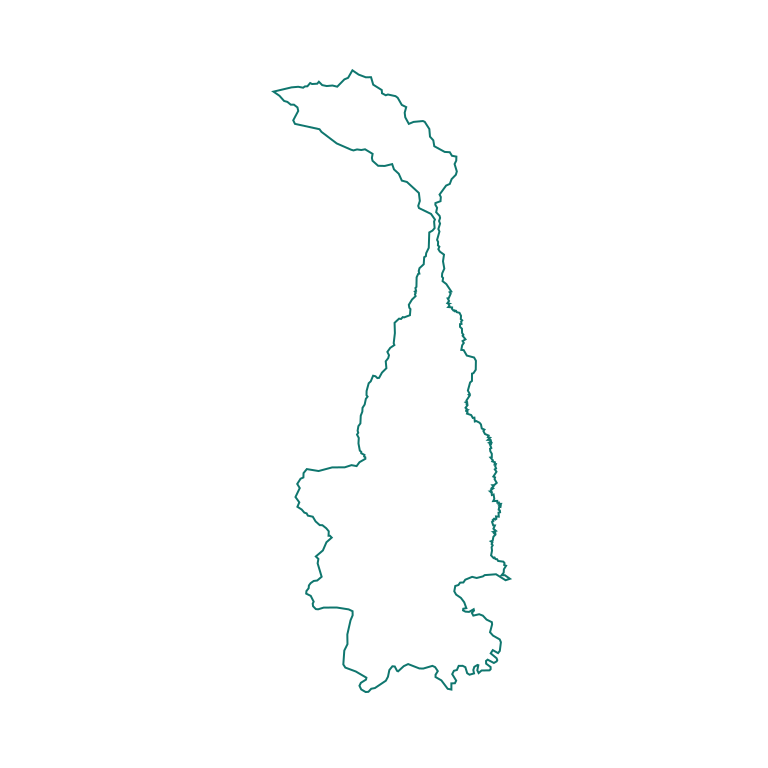 outline of Pereira, Risaralda, Colombia, rotated 253°
{"feature_id": "7082276B56557214099866", "entity_name": "Pereira", "entity_type": "district", "adm_level": 2, "iso_a3": "COL", "parent_name": "Colombia", "parent_adm1": "Risaralda", "projection": "mercator", "projection_center": [-75.671, 4.785], "detail": "fine", "context": "isolated", "style": "outline", "palette": "teal", "viewbox_px": 768, "rotation_deg": 253, "n_neighbors": 0, "source": "geoboundaries", "source_scale": "gbopen_adm2", "svg_char_len": 6120}
<svg xmlns="http://www.w3.org/2000/svg" viewBox="0 0 768 768"><g transform="rotate(253 384 384)"><path d="M484.1,476.3L490.2,479.2L494.3,476.1L497.1,475.4L499.1,477.1L500.8,476.1L504.1,477.3L506.3,476.9L513.6,481.6L516.3,481.3L521.0,484.5L523.8,484.3L526.4,486.2L528.6,486.3L533.0,484.1L537.0,486.3L540.4,485.5L542.0,486.1L542.3,491.5L546.2,493.0L548.9,492.5L555.6,501.4L556.1,505.4L560.2,508.6L563.1,513.9L566.0,515.8L573.7,515.8L576.5,518.4L580.3,519.7L582.4,515.7L586.4,514.7L588.2,509.9L596.7,501.6L602.6,502.4L607.1,500.3L614.6,501.9L622.8,499.6L624.1,498.1L626.0,488.9L625.5,483.8L632.8,482.3L637.4,483.1L642.3,486.2L645.7,482.6L653.7,480.8L655.9,479.2L659.7,472.4L659.6,470.1L662.6,467.1L665.8,467.8L673.4,461.2L681.2,461.3L682.6,456.3L687.3,450.2L693.2,445.5L687.3,439.2L686.9,435.2L682.0,426.2L684.5,422.0L685.7,416.3L687.9,412.3L692.1,410.1L690.7,408.0L691.9,402.9L693.4,401.4L691.1,397.8L691.7,395.3L691.0,393.3L693.3,388.9L694.7,382.3L695.9,363.8L690.2,368.3L683.9,371.2L682.0,374.1L678.4,376.5L677.5,379.5L673.8,382.1L670.2,381.8L662.7,374.3L658.8,374.9L646.5,396.8L643.4,397.9L627.9,409.1L617.7,421.0L616.3,423.1L616.2,426.8L614.4,430.7L614.0,434.5L607.4,440.4L603.7,438.5L600.8,438.3L594.4,442.2L592.3,448.5L591.9,456.1L586.3,456.3L580.7,459.6L573.3,460.5L570.5,465.0L556.5,473.2L548.6,471.8L544.3,468.8L542.0,468.9L532.9,478.7L526.4,480.8L524.7,479.4L518.3,478.0L516.5,475.2L515.7,471.6L501.1,466.6L496.8,462.6L494.0,461.4L493.5,459.5L486.9,457.0L484.4,451.8L481.8,450.2L479.2,450.1L479.3,448.9L476.5,446.4L467.4,443.4L466.6,442.1L463.6,441.9L463.4,440.5L461.8,441.0L460.8,439.8L458.8,439.9L456.6,435.5L452.5,430.9L449.5,430.5L447.9,431.2L442.2,428.9L441.8,422.7L442.5,421.5L441.2,419.3L442.1,417.5L439.4,412.0L429.5,409.3L420.2,405.2L418.2,405.3L416.8,400.6L413.7,396.6L410.1,397.2L407.5,395.6L405.2,392.3L398.4,390.9L395.5,385.4L391.3,381.1L391.6,379.4L393.9,378.1L395.1,376.0L390.4,372.1L389.2,369.6L382.4,365.3L378.4,364.0L376.7,364.6L375.1,362.3L370.0,359.5L367.5,356.5L363.9,355.2L360.5,352.5L353.2,349.9L351.2,347.2L347.0,345.1L344.9,345.1L343.5,343.4L339.8,344.1L334.6,342.2L327.4,341.4L325.7,342.4L324.4,342.0L321.9,344.6L320.5,343.8L319.4,344.7L317.9,344.3L316.4,337.7L313.5,333.8L315.9,329.2L315.8,322.0L319.4,310.1L319.9,296.0L325.2,285.3L322.3,281.0L318.2,279.6L317.8,276.5L313.8,271.8L309.1,273.0L301.8,266.3L295.6,268.4L291.9,265.3L288.0,268.6L284.3,270.2L282.9,272.2L280.4,272.7L277.9,277.1L272.6,278.4L267.8,281.3L267.0,283.8L262.9,286.6L259.3,288.1L255.1,286.6L254.7,287.9L252.4,289.1L249.5,282.7L242.7,276.9L239.0,268.4L235.9,270.1L231.9,268.1L217.9,268.0L215.6,262.7L216.2,259.2L215.0,255.6L213.3,253.3L210.7,252.2L208.7,249.3L206.3,248.3L202.8,252.0L196.4,253.1L194.8,251.6L192.2,251.2L188.7,253.0L187.8,255.1L187.8,260.9L184.1,273.4L178.8,284.3L175.9,287.5L172.0,286.4L167.8,282.9L155.2,275.7L145.9,273.0L140.7,268.1L127.7,263.1L124.1,264.1L117.3,273.0L108.3,281.3L106.6,280.4L105.0,274.5L102.6,272.3L98.6,272.9L94.8,276.4L94.2,279.1L96.3,282.7L95.9,286.4L99.7,299.0L102.9,302.2L108.9,305.5L111.6,309.5L110.7,311.7L105.9,312.6L105.1,313.5L108.4,320.4L109.1,325.2L101.6,334.7L100.4,338.4L100.3,347.9L98.3,350.1L93.7,351.5L90.9,348.3L88.7,347.6L83.8,352.2L73.9,355.8L72.1,359.1L78.0,360.9L77.1,364.3L79.2,366.3L86.6,364.4L89.3,367.0L89.2,370.1L92.6,373.0L91.5,376.8L89.4,379.0L83.1,379.0L81.0,380.8L80.9,385.5L84.4,385.8L87.1,387.7L88.0,391.3L87.5,392.0L82.9,389.5L79.9,390.0L81.5,393.5L79.3,401.2L80.1,402.6L82.2,403.2L86.7,399.9L89.3,400.6L90.1,402.5L85.1,407.5L85.8,410.6L86.8,411.6L88.8,411.5L95.2,407.3L97.7,410.2L93.3,414.4L94.9,416.7L102.9,420.3L105.9,420.0L111.5,414.7L115.6,412.8L122.5,417.1L124.7,417.5L128.7,413.2L133.6,410.8L136.0,407.7L136.4,401.7L139.4,401.1L141.0,403.8L142.4,403.9L141.2,398.7L142.5,395.3L144.4,393.4L145.9,394.1L145.6,397.2L151.8,396.9L157.0,395.0L161.5,391.4L165.2,390.6L170.0,393.1L170.0,396.4L171.8,398.7L171.0,401.9L173.1,404.5L173.8,411.9L171.4,415.9L171.1,422.4L171.8,424.4L169.3,435.5L160.8,442.9L160.9,447.5L165.8,443.7L166.8,440.6L168.6,443.3L171.8,444.5L174.5,447.6L175.8,446.0L177.5,446.9L179.2,446.2L181.4,441.4L183.4,440.9L184.0,439.4L185.7,439.0L185.5,437.9L188.8,436.3L193.1,438.6L196.5,439.2L198.0,440.8L199.4,440.1L200.8,441.3L202.3,440.2L202.4,442.1L206.0,444.0L207.3,446.4L208.9,445.7L208.7,446.8L209.8,447.0L210.7,445.7L210.8,448.1L213.6,446.3L216.3,448.7L216.9,447.1L220.5,447.0L221.0,448.5L222.1,448.2L223.0,449.9L221.8,450.8L222.2,452.0L224.6,452.4L223.6,455.0L227.5,455.9L227.4,457.5L229.2,457.8L230.3,456.9L232.8,458.3L232.3,459.4L233.9,460.2L234.3,459.0L235.3,460.5L236.0,458.5L237.0,459.1L237.4,457.7L239.1,458.1L240.1,454.2L241.9,455.9L246.3,456.5L246.3,454.7L248.5,455.1L250.0,454.2L249.6,455.4L251.2,455.1L252.2,457.7L253.0,456.6L254.1,458.7L255.5,458.1L255.1,459.8L256.5,462.9L260.7,461.9L262.2,462.9L263.5,461.5L267.2,465.9L270.0,465.0L270.5,466.5L272.9,466.3L274.6,467.5L274.8,466.2L276.7,467.2L278.4,464.9L279.3,465.8L282.6,464.3L282.5,465.7L285.8,466.7L288.6,466.0L291.1,466.5L291.4,467.9L295.5,467.6L295.2,468.8L296.3,469.6L297.3,467.7L297.9,469.6L299.3,469.6L300.2,467.0L301.6,469.7L302.8,467.8L304.1,469.0L306.7,465.9L310.0,465.3L311.0,466.7L312.9,464.5L317.0,464.9L319.1,464.0L321.6,461.4L321.6,459.9L325.4,460.6L325.6,459.0L328.8,458.3L331.4,454.7L332.7,455.7L333.8,454.9L334.6,456.3L335.0,455.1L336.0,455.8L337.4,455.0L339.4,457.7L340.2,457.1L341.1,457.9L342.6,456.8L342.7,458.2L344.1,458.0L347.9,462.6L349.0,461.9L349.3,463.1L353.2,462.3L360.3,466.8L361.2,469.0L368.2,471.2L368.2,472.7L370.8,475.9L379.4,478.7L383.0,477.9L387.0,471.5L393.1,470.1L394.0,467.9L398.2,470.1L399.9,472.3L402.1,471.7L402.9,475.0L407.1,473.3L407.8,474.3L410.0,473.6L414.1,474.7L416.4,473.4L419.0,474.2L418.8,475.7L421.1,476.0L422.0,477.4L423.6,476.4L426.7,477.6L430.0,477.0L431.5,474.5L432.8,474.3L432.9,473.0L433.8,473.0L433.9,471.9L436.0,471.0L437.3,471.5L438.8,468.0L439.6,469.4L441.7,469.0L441.8,469.9L442.8,468.3L444.4,470.5L447.3,469.9L447.2,471.0L450.9,474.2L452.6,473.6L452.7,475.4L461.4,472.8L465.2,470.1L468.1,471.5L469.7,470.8L472.8,472.0L476.7,475.4L484.1,476.3Z" fill="none" stroke="#0f766e" stroke-width="2"/></g></svg>